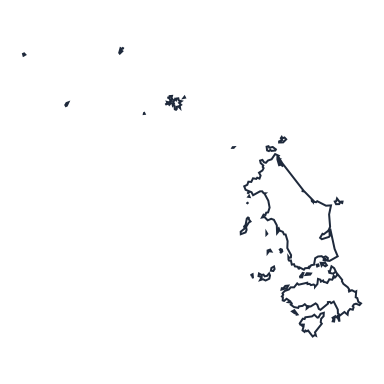 outline of Flinders (Tas.), Tasmania, Australia
{"feature_id": "25037944B15550630319657", "entity_name": "Flinders (Tas.)", "entity_type": "district", "adm_level": 2, "iso_a3": "AUS", "parent_name": "Australia", "parent_adm1": "Tasmania", "projection": "orthographic", "projection_center": [148.029, -39.899], "detail": "fine", "context": "isolated", "style": "outline", "palette": "slate", "viewbox_px": 384, "rotation_deg": 0, "n_neighbors": 0, "source": "geoboundaries", "source_scale": "gbopen_adm2", "svg_char_len": 6110}
<svg xmlns="http://www.w3.org/2000/svg" viewBox="0 0 384 384"><path d="M247.3,184.8L244.2,186.3L245.6,189.8L251.5,192.2L253.1,195.2L260.1,191.3L262.2,191.3L263.6,193.2L265.3,193.3L264.6,193.8L268.3,200.7L269.6,207.6L268.1,212.4L266.2,212.7L265.4,215.1L263.6,214.6L262.0,217.5L264.5,217.0L267.7,220.3L271.2,218.8L273.9,219.8L276.8,225.3L277.1,233.2L278.8,231.1L277.3,229.7L278.7,228.2L279.7,230.6L282.8,231.8L284.0,234.4L285.6,234.5L287.6,241.1L287.3,248.1L291.1,255.1L290.9,257.5L289.1,257.8L288.4,256.7L288.5,259.7L289.2,260.7L290.9,260.5L291.8,264.6L294.0,264.2L294.9,266.4L297.7,266.8L298.6,268.6L299.1,268.6L299.5,267.3L300.1,266.9L299.5,267.4L303.9,269.7L305.1,268.2L308.2,268.0L308.5,267.7L308.6,267.1L308.9,266.8L309.3,267.8L311.2,265.2L314.0,264.7L315.2,258.2L318.0,256.5L321.7,256.2L323.1,257.4L325.7,256.4L327.8,257.9L327.7,260.7L329.6,260.9L337.7,256.3L334.6,248.9L330.4,229.5L329.4,229.5L329.7,236.0L329.0,236.9L321.8,239.2L320.1,237.8L322.5,233.8L323.7,234.3L327.9,231.0L327.2,231.7L327.4,231.6L328.8,229.9L330.1,226.8L329.1,214.4L331.0,205.4L326.0,205.7L317.2,201.2L316.1,202.2L313.1,201.7L312.8,202.6L312.8,201.9L311.9,201.2L311.8,200.6L312.8,201.8L312.7,200.7L314.2,201.5L304.3,191.4L303.2,191.4L301.7,190.7L304.0,191.2L282.2,163.1L278.1,156.3L278.4,158.7L278.9,158.7L279.2,158.8L278.4,159.1L283.0,166.6L279.2,162.4L279.9,165.0L279.1,165.2L277.4,159.4L277.4,156.7L278.6,155.7L275.1,154.1L271.6,159.3L268.0,160.5L265.9,162.8L264.0,162.3L262.4,159.9L260.1,160.6L260.7,163.1L263.3,165.5L262.7,166.9L263.6,168.1L262.4,170.5L259.0,172.7L260.6,175.6L259.5,178.6L257.2,177.7L256.3,178.9L253.0,178.3L251.3,181.9L248.4,181.7L247.3,184.8ZM286.6,298.8L289.9,301.1L288.3,302.2L291.3,302.7L291.8,303.7L290.8,304.7L294.1,307.1L298.2,307.9L298.9,306.4L302.5,305.9L304.8,304.2L307.0,306.4L306.7,308.6L308.5,307.2L307.1,306.0L310.6,306.5L315.6,303.4L317.3,304.8L318.8,308.9L320.5,309.8L328.0,303.6L327.9,302.1L329.9,301.9L331.1,303.2L333.7,301.6L337.8,309.6L337.9,313.3L340.1,315.4L344.4,312.0L347.6,314.7L348.1,311.3L350.1,309.0L352.8,309.7L353.6,307.2L352.7,306.2L353.9,304.4L356.0,303.7L359.5,305.1L361.0,303.4L358.3,301.8L357.3,298.1L355.7,297.3L356.2,291.3L355.1,291.9L351.9,290.2L349.1,291.5L348.9,290.5L349.7,290.2L347.8,287.3L343.4,283.9L341.9,281.2L342.2,279.9L336.9,273.3L337.1,275.2L334.9,277.6L333.5,277.6L332.2,279.7L329.3,279.3L326.9,283.7L326.9,282.6L323.7,281.9L323.2,280.5L320.9,281.6L320.4,279.7L318.0,278.9L317.4,284.0L315.0,286.9L315.0,285.6L313.7,284.5L310.9,285.1L309.6,283.9L307.5,284.1L307.3,282.7L298.7,284.7L297.2,283.4L294.1,287.3L290.7,287.3L288.9,289.5L284.7,291.0L282.5,293.3L283.2,294.8L281.9,296.5L282.9,297.2L282.7,300.4L284.1,300.9L286.6,298.8ZM302.8,318.7L299.7,323.4L300.2,324.5L303.8,324.6L303.5,326.3L302.7,326.2L303.5,326.8L302.5,330.4L304.6,331.9L305.4,330.5L306.8,331.3L308.1,330.5L312.7,336.5L314.8,335.0L315.9,335.6L315.0,332.3L321.8,323.7L320.7,322.2L321.2,318.7L323.6,316.2L323.8,312.8L320.6,313.8L318.5,317.4L317.4,317.6L314.3,314.7L312.0,316.4L305.3,317.3L304.6,319.0L302.8,318.7ZM174.4,105.3L174.8,109.3L176.0,109.8L176.8,108.9L176.7,106.8L178.3,106.4L180.1,108.2L179.7,105.7L181.1,104.8L179.1,102.9L181.5,101.2L178.7,100.5L178.3,98.3L176.7,98.5L176.1,100.1L175.1,98.9L173.2,102.2L173.8,103.2L172.4,103.7L172.8,105.5L173.5,104.6L174.4,105.3ZM259.0,273.5L258.5,276.1L261.7,277.1L260.1,280.1L262.9,279.2L265.6,280.5L269.3,278.7L270.0,275.5L269.1,273.4L267.0,275.9L264.7,276.3L263.5,274.6L261.7,275.0L259.0,273.5ZM248.9,218.1L248.0,217.5L246.8,218.6L245.6,224.9L244.1,226.5L244.7,228.5L240.7,231.7L240.8,234.2L245.6,232.4L246.6,229.9L246.1,226.9L248.8,222.5L250.5,221.5L248.8,219.3L248.9,218.1ZM331.5,266.3L330.0,271.2L328.9,271.2L329.3,272.8L333.2,273.7L335.1,272.1L335.6,272.1L336.0,272.5L336.3,272.6L334.2,268.2L331.5,266.3ZM266.6,146.7L267.1,150.4L268.9,151.1L270.3,149.8L271.4,150.9L275.3,150.5L275.9,149.4L272.7,147.0L269.3,147.7L268.5,146.2L266.6,146.7ZM167.4,102.8L165.4,104.6L168.5,103.6L169.3,104.8L170.9,103.1L170.8,101.0L171.7,100.8L171.1,99.7L172.5,99.3L171.5,97.7L172.0,95.9L169.6,96.1L169.4,97.7L167.4,97.4L169.3,98.3L170.7,100.9L168.8,102.4L167.0,101.9L167.4,102.8ZM279.1,141.4L279.1,142.5L283.1,142.4L286.2,139.3L284.5,137.5L282.5,138.3L281.7,136.9L280.8,138.2L282.1,140.1L279.1,141.4ZM334.8,201.5L336.1,204.2L339.2,204.1L340.0,202.4L337.0,198.5L336.3,201.1L334.8,201.5ZM322.5,264.4L325.3,266.3L326.9,265.3L325.3,263.0L320.7,262.8L321.6,265.7L322.5,264.4ZM270.9,270.7L273.3,271.0L274.6,269.0L274.0,266.5L271.4,268.0L270.9,270.7ZM288.3,285.6L285.3,285.9L283.4,288.2L281.8,288.2L281.5,289.6L286.9,288.1L288.3,285.6ZM339.0,316.6L337.6,315.8L336.5,317.2L337.9,318.0L339.5,321.6L339.0,316.6ZM120.5,48.2L119.2,52.8L119.8,53.6L122.3,51.2L121.3,50.4L121.9,49.1L120.5,48.2ZM294.6,313.2L295.8,312.8L296.5,314.7L297.5,314.5L294.3,310.2L292.1,311.4L294.6,313.2ZM305.7,275.0L310.2,274.6L310.9,273.5L306.9,273.2L305.7,275.0ZM334.8,316.5L332.6,317.8L333.4,319.2L332.7,321.3L334.1,321.5L334.8,316.5ZM301.7,274.4L300.0,276.5L300.2,277.3L302.2,277.3L302.9,274.6L301.7,274.4ZM270.1,249.6L267.6,250.5L267.6,253.1L269.0,251.2L271.3,251.5L270.1,249.6ZM65.3,105.0L65.9,106.1L66.8,105.7L68.4,102.3L66.5,103.0L65.3,105.0ZM280.3,253.1L282.3,251.4L281.9,249.6L280.6,249.0L279.8,249.6L281.0,251.5L280.3,253.1ZM252.6,274.2L250.6,275.2L251.8,275.2L253.0,278.3L252.6,274.2ZM24.1,53.4L23.0,53.9L23.5,55.7L25.3,54.7L24.1,53.4ZM323.6,260.2L325.2,260.8L326.2,260.3L325.4,258.9L323.8,259.0L323.6,260.2ZM316.6,264.8L317.2,266.5L318.7,265.8L318.2,264.4L316.6,264.8ZM267.3,233.8L266.4,232.3L266.4,234.7L267.3,233.8ZM342.5,201.6L341.1,201.6L340.7,202.4L342.2,203.0L342.5,201.6ZM232.3,147.9L233.6,147.9L234.3,147.1L232.7,147.2L232.3,147.9ZM247.5,193.7L248.7,192.7L248.2,192.5L247.5,193.7ZM184.5,96.7L183.5,98.0L185.0,97.7L184.5,96.7ZM249.6,197.0L249.1,195.8L248.3,196.8L249.6,197.0ZM122.7,48.1L122.8,49.1L123.4,47.5L122.7,48.1ZM248.4,202.4L247.2,203.0L246.8,203.8L248.4,202.4ZM143.8,114.0L144.7,113.9L144.2,112.9L144.0,113.0L143.8,114.0ZM333.7,275.8L333.4,276.6L334.5,276.5L333.7,275.8ZM302.8,272.9L302.0,273.7L303.1,273.0L302.8,272.9Z" fill="none" stroke="#1e293b" stroke-width="2"/></svg>